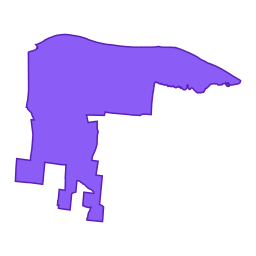 Río Lagartos, Yucatán, Mexico
{"feature_id": "50627088B51809073979104", "entity_name": "Río Lagartos", "entity_type": "district", "adm_level": 2, "iso_a3": "MEX", "parent_name": "Mexico", "parent_adm1": "Yucatán", "projection": "equal_earth", "projection_center": [-87.983, 21.517], "detail": "fine", "context": "isolated", "style": "filled", "palette": "violet", "viewbox_px": 256, "rotation_deg": 0, "n_neighbors": 0, "source": "geoboundaries", "source_scale": "gbopen_adm2", "svg_char_len": 5309}
<svg xmlns="http://www.w3.org/2000/svg" viewBox="0 0 256 256"><path d="M42.7,184.3L44.8,162.3L61.9,164.7L66.0,164.8L65.2,178.5L65.4,178.6L65.3,184.3L65.1,190.3L59.2,189.4L58.3,199.7L57.8,200.6L57.4,205.3L58.7,205.3L58.4,208.2L60.0,208.6L70.1,210.0L71.7,193.6L73.5,192.7L74.4,192.4L75.4,192.2L75.9,192.0L76.0,190.2L76.9,180.9L77.5,180.6L79.2,181.0L79.6,181.2L80.2,181.8L80.8,182.3L81.3,182.5L82.2,183.1L82.8,183.9L84.0,184.2L84.9,184.8L85.6,185.7L86.1,186.3L86.5,186.5L87.7,187.8L88.0,187.8L88.2,188.1L89.7,189.1L90.5,189.2L91.3,189.7L93.9,192.2L93.5,193.4L83.9,192.2L82.8,205.6L86.0,206.9L88.1,207.5L89.9,207.5L90.4,207.1L90.9,207.2L90.7,207.6L90.1,209.7L88.2,213.6L88.1,214.7L87.9,215.5L87.9,216.3L87.2,217.9L86.9,219.1L87.0,220.1L102.5,221.6L102.8,218.4L103.2,212.0L103.6,207.0L102.9,206.2L101.6,205.3L100.5,204.9L99.6,204.3L102.3,175.9L96.0,175.0L98.1,161.2L91.8,160.4L92.6,155.9L94.4,152.2L95.8,148.7L97.0,144.3L96.9,144.1L97.1,143.3L97.1,141.2L97.2,138.6L97.3,135.4L97.6,134.4L97.5,134.1L97.6,133.2L98.1,132.5L98.1,131.1L97.2,129.5L97.2,121.3L93.6,121.7L88.1,122.5L86.5,115.0L104.3,115.4L105.2,112.0L108.1,112.6L113.3,113.2L129.6,114.6L130.5,114.8L131.9,115.0L136.9,115.2L139.9,115.5L142.5,114.1L144.7,114.1L151.2,114.6L151.7,104.0L152.9,92.7L153.2,92.1L154.4,83.4L155.6,82.0L156.5,82.3L156.7,82.5L156.8,82.4L157.3,82.5L157.5,82.4L157.7,82.7L157.9,82.6L158.1,83.0L158.5,83.2L158.7,83.4L159.6,83.7L159.9,83.9L160.0,83.9L160.2,84.0L160.6,83.8L160.7,84.0L161.1,84.1L161.5,83.8L161.6,84.1L162.2,84.4L162.6,84.5L162.8,84.3L163.1,84.4L163.2,84.5L163.4,84.5L164.0,84.9L164.4,85.1L165.1,85.1L165.4,84.7L165.7,84.6L165.9,84.6L166.6,85.1L166.8,85.0L167.2,85.3L167.3,85.7L167.7,86.2L167.8,86.1L168.2,86.2L168.3,86.1L168.6,86.4L168.8,86.3L168.9,86.1L169.0,86.2L169.5,86.1L169.7,85.9L170.0,86.4L170.3,86.5L170.6,86.5L170.9,86.6L171.1,86.5L171.2,86.3L171.7,86.4L171.7,86.6L172.0,86.7L172.4,86.5L172.8,86.3L173.0,86.4L173.3,86.0L173.7,86.6L173.9,86.5L174.1,86.9L174.5,87.2L175.0,87.3L175.5,87.7L176.0,87.7L176.3,87.5L176.5,87.5L176.7,87.3L176.8,87.1L177.0,87.1L177.3,87.2L178.0,87.1L178.4,86.7L178.5,86.5L178.6,86.4L178.8,86.6L179.2,87.2L179.7,87.4L180.4,88.1L180.7,88.2L181.0,88.1L181.4,88.2L181.2,88.0L181.1,87.9L180.8,87.2L180.6,87.0L180.4,87.0L180.4,86.8L180.5,86.8L180.8,87.0L181.3,88.0L181.7,88.0L182.0,88.4L182.9,89.3L183.5,89.6L184.1,89.8L184.7,89.8L185.6,89.5L185.7,89.3L186.2,88.9L186.6,88.3L186.8,87.7L187.2,86.6L187.2,86.2L187.0,85.8L187.0,85.2L187.3,85.0L187.9,85.3L188.3,85.7L188.2,86.0L187.7,86.4L187.6,86.9L187.7,87.3L188.3,88.4L189.2,89.3L189.6,89.5L189.9,89.4L190.2,89.3L190.6,88.7L190.8,88.4L191.7,87.9L192.1,88.0L192.8,88.4L193.8,89.7L196.4,92.2L197.2,92.7L197.8,92.9L198.2,92.5L198.4,92.7L198.8,92.8L200.3,92.6L200.7,92.8L200.8,92.5L201.1,92.4L202.0,92.5L202.3,92.3L203.2,92.4L203.6,92.1L204.1,91.6L204.3,91.0L204.9,90.1L205.0,89.7L205.4,88.6L205.6,88.7L206.2,88.5L206.8,88.2L207.5,87.3L207.9,87.1L208.6,86.5L209.1,85.7L209.6,85.3L209.9,84.9L210.3,84.7L210.8,84.2L213.4,83.8L213.6,83.6L213.8,83.5L214.0,83.6L214.6,83.7L215.2,84.0L215.8,83.7L216.9,83.8L217.5,84.6L217.9,84.7L218.0,84.9L218.3,85.0L218.6,85.0L219.0,85.1L220.1,84.8L220.6,84.9L221.2,84.8L221.7,84.9L222.2,84.6L222.5,84.3L222.5,84.1L222.6,83.7L223.4,83.8L224.0,83.8L224.4,83.7L224.9,83.3L225.6,83.4L225.7,83.9L225.8,83.8L225.8,83.4L226.0,83.7L226.4,83.6L226.8,83.5L226.8,83.9L226.5,84.3L226.2,84.4L226.2,84.8L226.4,85.4L226.6,85.7L227.2,86.2L227.5,86.4L228.5,86.4L229.1,86.2L229.5,85.8L229.5,85.6L229.4,85.7L229.0,85.5L229.1,85.0L229.0,84.9L228.8,85.0L228.7,84.9L228.9,84.4L228.5,84.4L228.4,84.3L228.1,83.6L228.1,83.1L227.8,83.0L227.7,83.2L227.7,83.4L227.7,83.5L227.4,83.1L227.3,83.3L227.2,83.3L227.2,83.0L227.4,82.8L228.1,82.8L228.6,83.2L229.6,85.1L232.0,85.0L236.5,84.2L238.6,83.7L239.7,83.0L240.0,82.5L240.3,81.8L240.6,80.6L239.5,79.9L238.9,79.4L238.6,79.4L237.0,78.5L235.7,77.6L235.4,77.5L234.5,76.9L234.2,76.9L229.7,73.9L221.5,69.0L216.2,66.3L211.3,64.2L211.1,64.3L210.4,63.9L210.2,64.0L209.9,63.7L209.8,63.8L209.3,63.5L208.6,63.4L206.6,62.4L204.7,61.2L204.4,61.1L203.9,60.8L203.4,60.6L203.1,60.6L201.6,59.8L200.9,59.5L197.6,57.2L194.1,55.2L188.3,52.5L181.2,49.5L179.6,48.9L179.3,48.9L178.4,48.5L174.9,47.4L174.7,47.4L174.5,47.6L172.7,47.4L171.8,47.3L170.8,47.2L170.7,47.3L170.1,47.3L169.5,47.4L169.1,47.3L167.7,47.3L164.9,47.2L162.6,47.2L159.6,46.8L159.4,46.6L158.4,46.5L157.7,46.5L156.5,46.8L154.8,47.0L150.7,47.2L146.2,47.1L143.7,47.2L141.7,47.1L138.5,47.2L131.7,47.1L129.5,46.8L127.7,46.8L119.6,46.0L115.0,45.3L109.5,44.6L108.0,44.5L105.6,44.2L97.5,42.5L94.5,41.6L88.0,39.5L86.9,38.8L83.3,37.6L79.6,36.6L77.2,36.1L73.9,35.6L70.6,35.0L65.3,34.4L62.3,34.6L56.9,35.3L54.4,36.1L53.8,36.2L52.7,36.8L50.9,37.4L50.1,37.6L47.8,38.6L47.4,38.9L46.9,39.1L44.5,40.3L44.4,40.6L44.0,40.9L41.8,42.2L38.4,43.8L36.8,44.4L36.0,44.6L35.8,44.6L37.5,46.9L37.8,48.1L37.5,48.3L37.2,48.0L36.9,47.8L36.7,48.0L36.8,48.4L36.6,48.9L35.4,49.8L34.2,50.2L33.0,50.9L32.7,50.8L32.2,51.0L31.9,51.0L30.9,51.2L29.6,51.8L28.4,52.2L28.6,90.3L27.9,98.6L26.3,107.3L27.3,107.5L27.4,108.0L27.6,108.9L28.4,109.8L30.8,112.2L31.4,113.0L32.2,115.6L32.9,116.9L33.2,117.8L33.6,118.9L34.0,120.0L31.1,119.7L33.0,134.7L31.9,148.8L30.6,156.9L30.5,160.4L16.7,158.6L16.0,168.4L15.4,181.3L28.1,182.6L29.1,182.5L42.7,184.3Z" fill="#8b5cf6" stroke="#5b21b6" stroke-width="1.5"/></svg>